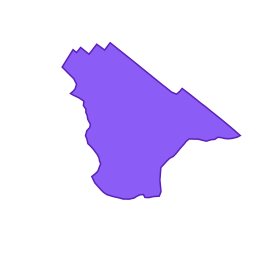 Senador Salgado Filho, Rio Grande do Sul, Brazil, rotated 129°
{"feature_id": "56859067B89394810714034", "entity_name": "Senador Salgado Filho", "entity_type": "district", "adm_level": 2, "iso_a3": "BRA", "parent_name": "Brazil", "parent_adm1": "Rio Grande do Sul", "projection": "albers", "projection_center": [-54.531, -28.03], "detail": "fine", "context": "isolated", "style": "filled", "palette": "violet", "viewbox_px": 256, "rotation_deg": 129, "n_neighbors": 0, "source": "geoboundaries", "source_scale": "gbopen_adm2", "svg_char_len": 1357}
<svg xmlns="http://www.w3.org/2000/svg" viewBox="0 0 256 256"><g transform="rotate(129 128 128)"><path d="M175.3,78.1L172.3,76.6L170.0,74.1L171.3,71.2L169.1,68.1L165.1,64.9L161.3,60.8L156.7,62.3L151.4,67.5L148.5,70.4L138.0,77.6L134.2,77.3L129.8,77.1L125.4,76.6L121.5,74.9L117.1,74.6L110.8,74.6L104.9,74.3L102.0,74.4L98.0,73.6L95.2,69.9L92.5,66.4L90.8,62.7L88.9,58.8L85.0,56.2L82.2,53.4L78.8,52.4L76.9,49.7L75.3,46.2L73.5,43.6L71.0,40.9L66.6,37.5L63.2,36.0L62.8,46.8L62.6,60.1L62.7,73.8L62.7,81.8L62.9,87.2L62.9,100.0L63.1,106.1L63.2,110.8L66.8,110.8L71.2,111.6L72.7,116.8L72.7,120.3L72.7,124.1L72.8,127.9L72.8,133.8L72.8,141.1L72.8,146.8L72.8,154.0L72.8,158.8L72.8,164.9L73.0,195.5L77.7,195.4L82.1,195.2L82.6,205.0L90.6,204.8L95.2,204.8L95.2,215.5L101.7,215.5L101.7,220.0L111.6,218.8L122.1,217.5L122.6,212.6L123.0,209.5L123.8,201.1L126.4,195.5L130.9,193.7L134.2,193.8L137.4,194.4L136.8,190.8L135.5,185.6L134.9,179.2L138.6,176.8L139.9,172.6L142.5,170.5L143.8,167.8L146.5,164.8L148.8,159.6L151.7,158.0L155.9,158.3L160.7,156.2L162.5,152.9L165.4,149.3L165.6,146.2L166.3,141.7L167.9,135.4L169.5,131.6L171.5,129.5L172.9,126.8L180.4,124.3L183.4,124.5L188.5,125.6L191.5,119.3L192.3,114.6L193.0,110.4L193.4,106.6L193.1,102.6L191.9,99.6L190.3,95.7L188.2,91.6L186.3,87.1L182.4,82.2L178.6,79.2L175.3,78.1Z" fill="#8b5cf6" stroke="#5b21b6" stroke-width="1.5"/></g></svg>